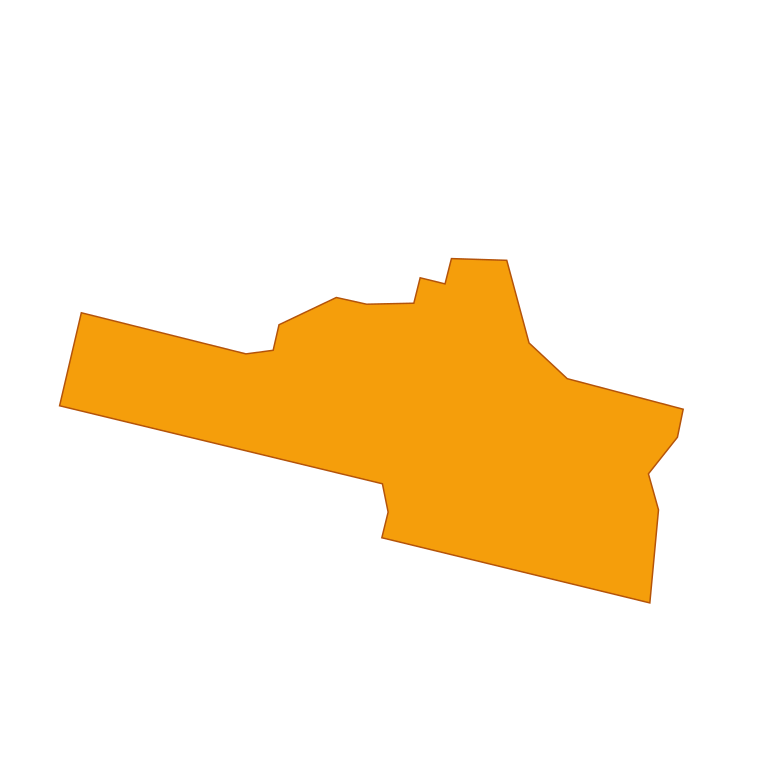 Carson City, Nevada, United States of America, rotated 14°
{"feature_id": "52423323B56251326205746", "entity_name": "Carson City", "entity_type": "district", "adm_level": 2, "iso_a3": "USA", "parent_name": "United States of America", "parent_adm1": "Nevada", "projection": "equal_earth", "projection_center": [-119.737, 39.168], "detail": "fine", "context": "isolated", "style": "filled", "palette": "amber", "viewbox_px": 768, "rotation_deg": 14, "n_neighbors": 0, "source": "geoboundaries", "source_scale": "gbopen_adm2", "svg_char_len": 444}
<svg xmlns="http://www.w3.org/2000/svg" viewBox="0 0 768 768"><g transform="rotate(14 384 384)"><path d="M694.9,532.1L680.8,439.7L662.3,407.2L681.6,364.7L680.4,336.1L560.5,334.5L514.8,309.1L473.2,234.3L419.1,246.0L419.0,272.1L393.4,272.2L393.4,298.4L347.8,310.8L316.8,311.6L267.8,351.9L268.3,378.1L242.7,388.2L73.1,388.1L74.5,483.6L406.6,481.2L419.0,507.3L419.1,533.7L694.9,532.1Z" fill="#f59e0b" stroke="#b45309" stroke-width="1.5"/></g></svg>